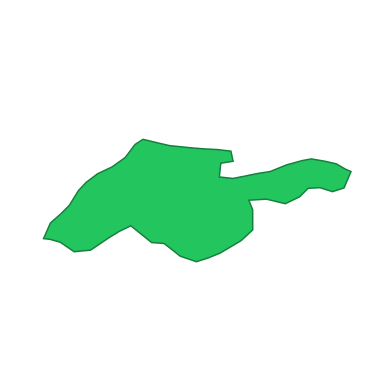 the district of Melanarga, Cyprus, rotated 158°
{"feature_id": "46923920B8194209200989", "entity_name": "Melanarga", "entity_type": "district", "adm_level": 2, "iso_a3": "CYP", "parent_name": "Cyprus", "parent_adm1": "", "projection": "mercator", "projection_center": [34.202, 35.508], "detail": "fine", "context": "isolated", "style": "filled", "palette": "green", "viewbox_px": 384, "rotation_deg": 158, "n_neighbors": 0, "source": "geoboundaries", "source_scale": "gbopen_adm2", "svg_char_len": 831}
<svg xmlns="http://www.w3.org/2000/svg" viewBox="0 0 384 384"><g transform="rotate(158 192 192)"><path d="M347.1,204.4L341.4,201.3L333.0,194.8L323.7,180.8L307.9,176.1L285.6,180.8L274.4,182.7L261.4,183.6L248.4,160.3L237.2,154.7L231.7,145.3L227.0,136.9L214.0,125.7L201.9,124.8L188.9,124.8L164.7,128.5L149.9,134.1L142.4,152.8L142.4,163.1L125.7,157.5L109.9,146.2L94.1,147.2L82.9,151.9L71.8,148.1L61.6,139.7L49.5,138.8L36.9,151.4L41.1,155.6L47.6,164.0L56.9,170.5L69.0,178.0L78.3,179.9L94.1,181.7L111.8,181.7L123.8,184.5L148.9,189.2L161.0,195.7L154.5,207.9L142.4,205.1L140.6,215.3L152.7,221.9L164.7,227.5L175.9,233.1L195.4,243.4L204.7,249.9L217.7,259.2L227.0,257.4L241.0,249.0L256.8,245.2L272.6,244.3L286.5,240.6L296.7,235.9L310.7,225.6L321.8,220.9L334.9,216.3L347.1,204.4Z" fill="#22c55e" stroke="#15803d" stroke-width="1.5"/></g></svg>